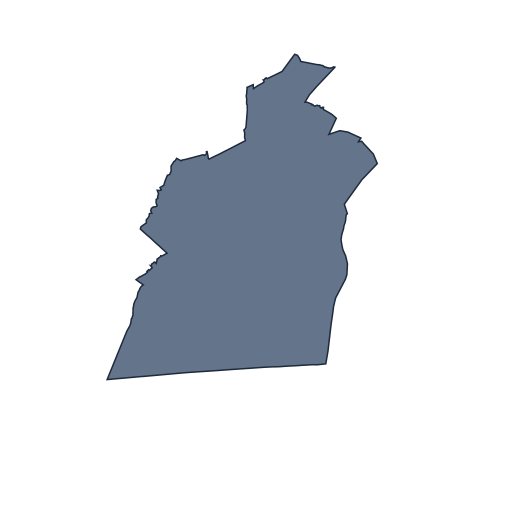 Mina, Nuevo León, Mexico, rotated 223°
{"feature_id": "50627088B36980373493139", "entity_name": "Mina", "entity_type": "district", "adm_level": 2, "iso_a3": "MEX", "parent_name": "Mexico", "parent_adm1": "Nuevo León", "projection": "equal_earth", "projection_center": [-100.66, 26.299], "detail": "fine", "context": "isolated", "style": "filled", "palette": "slate", "viewbox_px": 512, "rotation_deg": 223, "n_neighbors": 0, "source": "geoboundaries", "source_scale": "gbopen_adm2", "svg_char_len": 5338}
<svg xmlns="http://www.w3.org/2000/svg" viewBox="0 0 512 512"><g transform="rotate(223 256 256)"><path d="M174.7,299.8L176.7,304.2L183.7,312.6L190.3,317.1L196.4,319.7L197.7,320.5L199.5,321.8L199.9,322.0L201.7,323.4L203.0,324.4L205.0,326.0L206.7,328.5L207.1,328.9L208.4,331.2L210.6,335.7L212.3,338.1L213.6,341.2L214.8,343.2L218.1,347.5L218.0,349.2L226.7,354.1L227.7,361.5L230.3,382.0L230.6,383.6L230.3,406.3L239.7,410.6L253.7,411.6L257.0,412.0L259.0,409.4L259.7,413.8L273.3,409.3L280.2,404.8L285.6,394.7L290.1,408.2L291.2,411.5L297.5,411.3L302.2,410.2L305.6,409.4L305.9,409.2L306.1,409.2L306.3,409.2L306.6,409.3L306.8,409.3L307.0,409.5L307.3,409.7L307.3,409.8L308.0,410.8L308.4,410.6L308.5,410.4L308.7,410.2L308.9,409.8L308.9,409.7L309.0,409.6L308.9,408.9L309.0,408.8L309.2,408.6L309.3,408.6L309.5,408.7L309.9,408.6L310.1,408.6L310.6,408.6L310.8,408.7L311.0,408.7L311.4,408.9L311.5,409.0L311.8,409.4L312.0,409.4L312.2,409.2L312.5,408.9L313.1,408.3L313.2,408.2L313.3,408.1L313.5,408.0L314.1,408.0L314.3,407.6L314.4,407.4L314.6,407.0L314.6,406.9L314.8,406.5L314.9,406.3L314.9,406.0L315.1,405.7L315.4,405.5L315.7,405.5L316.0,405.5L316.5,405.4L317.2,405.5L317.3,405.5L317.5,405.4L317.7,405.2L318.1,404.7L318.6,405.2L323.7,403.2L325.1,401.9L326.9,410.4L327.2,421.7L327.0,447.7L327.1,447.9L327.3,447.7L327.5,447.6L328.0,447.5L328.1,447.4L328.3,447.2L328.3,446.7L328.6,446.3L328.6,446.1L328.9,445.4L329.1,445.1L329.3,444.8L329.4,444.6L329.8,444.2L330.0,444.0L330.0,443.9L330.3,443.6L330.5,443.5L330.6,443.4L330.7,443.2L330.9,443.2L331.0,443.1L331.4,443.0L331.6,442.8L331.7,442.7L331.9,442.6L332.1,442.5L332.3,442.3L332.6,442.2L332.8,442.1L333.1,442.0L333.3,441.9L333.5,441.8L333.8,441.8L333.9,441.7L334.1,441.5L334.3,441.3L334.5,441.3L334.7,441.0L334.9,441.0L335.1,440.9L335.3,440.9L335.5,440.8L335.9,440.9L336.1,440.9L336.1,441.0L336.3,441.0L336.5,440.9L336.9,440.9L337.1,440.8L337.2,440.7L337.3,440.6L337.5,440.5L337.6,440.4L337.7,440.2L337.9,440.1L338.0,440.1L338.5,439.9L339.0,439.7L339.3,439.5L339.4,439.4L339.7,439.3L340.2,439.0L340.4,438.9L340.5,438.7L340.8,438.5L340.9,438.4L341.1,438.2L341.4,438.0L341.4,437.9L356.0,428.8L358.1,429.9L362.5,431.1L365.3,429.9L362.8,408.7L367.5,396.5L368.3,394.5L368.3,394.4L368.6,393.7L368.7,393.4L369.7,393.3L369.9,393.3L370.0,393.3L370.4,392.2L370.0,392.1L370.6,389.8L370.7,389.7L370.2,389.6L369.0,389.0L368.8,388.8L369.0,387.7L369.2,386.6L369.3,386.2L370.1,384.0L370.1,383.9L370.8,381.9L372.0,376.7L374.9,379.4L377.6,373.2L375.7,371.2L375.4,370.5L373.7,368.6L372.3,366.3L370.1,364.7L366.5,360.7L365.6,360.6L365.3,360.3L362.6,357.5L362.1,357.1L360.9,355.6L351.2,343.4L350.6,341.3L350.8,339.9L349.2,338.9L348.2,338.3L345.0,334.7L343.9,334.2L342.4,333.1L351.4,308.1L351.8,306.8L352.0,306.5L352.1,306.2L352.2,305.8L354.0,301.3L355.1,298.5L355.3,297.8L355.6,297.2L356.0,296.0L356.5,294.7L356.9,294.8L357.4,294.9L357.4,295.0L358.7,295.9L359.2,296.3L363.0,299.0L363.4,298.5L363.4,298.3L363.2,298.2L362.3,297.5L362.3,297.4L362.1,297.1L362.0,296.7L362.0,296.4L362.0,296.1L362.0,295.7L362.1,295.4L362.6,294.5L362.5,294.4L363.8,293.9L367.8,287.5L369.6,284.6L369.9,284.1L370.3,283.5L371.0,282.4L371.4,281.8L371.5,281.7L373.1,279.0L374.5,277.1L375.6,275.5L375.5,274.6L380.6,273.3L380.4,272.1L380.0,270.7L380.5,269.0L380.4,268.7L379.5,263.9L376.0,260.2L374.7,256.7L375.9,254.5L375.4,253.7L375.4,253.1L375.0,252.4L373.9,249.4L373.1,247.7L371.7,244.9L372.3,242.7L372.9,240.6L370.3,239.7L371.3,238.1L373.1,236.7L370.7,235.5L369.9,235.1L369.7,234.9L368.3,232.1L367.1,231.3L367.6,229.3L367.1,228.8L366.4,227.9L365.6,227.0L364.3,226.1L363.5,226.0L362.5,225.1L362.9,223.9L363.5,222.8L364.2,222.4L364.8,221.1L364.8,220.3L365.0,219.5L364.8,219.0L364.6,218.6L364.1,217.9L363.8,217.2L361.4,216.3L362.9,214.3L362.5,213.7L362.4,213.6L361.4,212.4L360.9,209.8L360.9,207.6L358.8,205.5L359.1,203.8L359.9,200.2L360.0,198.6L358.9,196.8L349.7,197.0L345.7,197.2L341.4,197.2L337.7,197.2L334.6,197.3L329.9,197.3L323.6,197.4L323.0,197.4L324.7,192.0L325.8,191.2L325.6,190.9L325.4,190.3L325.6,189.5L325.6,189.4L325.7,189.2L325.6,188.9L325.8,188.6L325.9,188.3L325.9,188.2L325.9,187.7L325.9,187.2L326.0,186.9L326.1,186.7L326.3,186.5L326.2,186.2L325.6,185.4L325.1,184.8L325.0,184.3L324.7,183.8L324.3,183.3L323.8,182.5L325.0,182.5L326.0,182.5L326.2,182.3L326.3,181.9L326.2,181.7L326.8,179.0L326.4,178.1L326.0,177.8L326.1,177.4L326.2,177.1L326.4,177.0L323.9,176.6L324.2,172.7L325.1,172.8L325.3,170.4L324.4,170.4L324.6,167.7L326.4,162.0L326.7,161.8L327.6,156.9L327.3,156.9L326.4,157.0L318.7,158.0L319.1,156.7L319.1,155.7L319.1,155.0L319.1,154.7L318.7,152.7L318.2,152.1L317.6,149.1L314.8,144.6L313.7,140.1L312.9,138.4L312.7,137.7L311.6,136.1L311.4,136.0L311.2,135.6L310.9,135.1L310.3,133.9L308.8,132.4L306.9,130.1L305.7,129.0L304.9,126.9L304.2,126.1L304.4,125.4L304.0,124.5L303.3,123.6L303.0,123.2L302.3,122.2L301.7,121.1L300.8,119.3L300.7,119.1L299.3,113.2L291.2,91.9L280.6,64.1L267.1,79.1L257.7,89.6L256.6,90.7L240.8,108.3L236.6,113.0L233.1,116.9L230.6,119.7L226.4,124.3L205.1,147.0L201.8,150.6L196.4,156.4L184.6,169.0L173.5,180.9L168.1,186.4L165.8,188.6L162.8,191.6L161.9,192.6L158.1,196.7L151.1,203.9L147.4,207.9L143.8,211.6L140.7,214.9L137.1,218.1L131.4,224.7L138.4,235.4L154.5,257.3L158.8,263.5L162.0,268.1L165.0,272.2L165.1,272.4L165.9,274.0L167.2,276.1L169.2,279.8L174.7,299.8Z" fill="#64748b" stroke="#1e293b" stroke-width="1.5"/></g></svg>